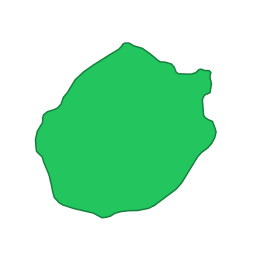 Con Co, Vietnam (Natural Earth projection), rotated 255°
{"feature_id": "81297802B79612246152029", "entity_name": "Con Co", "entity_type": "district", "adm_level": 2, "iso_a3": "VNM", "parent_name": "Vietnam", "parent_adm1": "", "projection": "natural_earth1", "projection_center": [107.34, 17.158], "detail": "fine", "context": "isolated", "style": "filled", "palette": "green", "viewbox_px": 256, "rotation_deg": 255, "n_neighbors": 0, "source": "geoboundaries", "source_scale": "gbopen_adm2", "svg_char_len": 1131}
<svg xmlns="http://www.w3.org/2000/svg" viewBox="0 0 256 256"><g transform="rotate(255 128 128)"><path d="M101.4,39.6L96.5,39.3L93.0,39.3L86.7,38.8L80.0,38.8L73.7,42.1L70.5,45.2L64.1,55.1L54.8,72.5L51.0,76.5L48.1,79.5L47.4,83.7L47.4,88.3L49.0,93.0L49.1,99.2L48.0,107.2L45.8,115.9L45.1,127.0L46.4,133.5L56.5,158.7L61.2,165.7L82.1,187.7L85.3,192.6L88.1,199.8L91.7,205.1L96.1,209.2L101.2,212.0L105.6,212.0L112.5,211.3L115.2,207.8L117.7,205.5L120.5,204.3L135.4,207.0L138.1,208.5L140.0,210.5L140.4,213.7L141.0,216.4L149.1,220.1L154.5,220.2L156.9,220.6L160.2,222.4L162.3,221.4L162.9,219.7L163.7,216.9L165.9,213.9L166.0,211.5L163.9,207.8L163.7,202.6L167.3,190.7L169.7,188.9L174.7,188.4L178.6,186.5L182.1,180.7L183.5,176.3L185.7,174.3L193.2,169.1L201.2,162.5L205.9,154.8L209.7,151.1L210.9,146.9L210.5,145.1L208.3,142.6L206.3,139.1L203.6,129.5L197.8,110.9L193.7,99.7L188.1,89.3L177.7,78.4L174.6,73.8L168.4,69.5L165.7,65.3L164.9,62.1L164.6,54.4L162.5,49.8L159.8,48.2L155.4,46.9L148.4,39.6L140.7,35.6L134.1,34.3L129.3,33.6L126.4,35.1L122.4,37.6L116.6,37.8L104.7,39.4L101.4,39.6Z" fill="#22c55e" stroke="#15803d" stroke-width="1.5"/></g></svg>